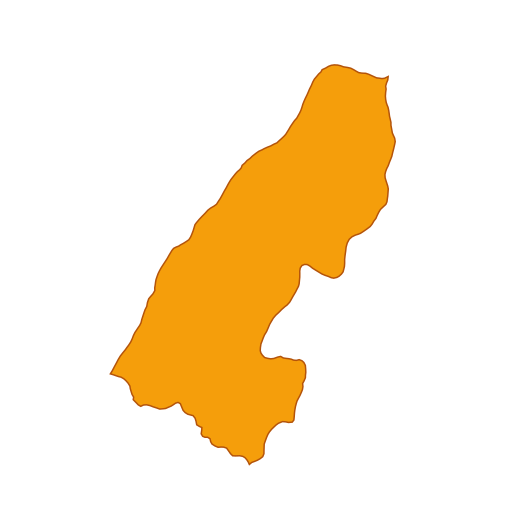 X-2 Torani/Bulletwood, Upper Demerara-Berbice, Guyana (orthographic projection), rotated 193°
{"feature_id": "73187651B8767068866486", "entity_name": "X-2 Torani/Bulletwood", "entity_type": "district", "adm_level": 2, "iso_a3": "GUY", "parent_name": "Guyana", "parent_adm1": "Upper Demerara-Berbice", "projection": "orthographic", "projection_center": [-58.026, 5.32], "detail": "fine", "context": "isolated", "style": "filled", "palette": "amber", "viewbox_px": 512, "rotation_deg": 193, "n_neighbors": 0, "source": "geoboundaries", "source_scale": "gbopen_adm2", "svg_char_len": 4466}
<svg xmlns="http://www.w3.org/2000/svg" viewBox="0 0 512 512"><g transform="rotate(193 256 256)"><path d="M167.6,460.6L170.7,458.1L173.2,457.2L175.8,457.0L178.6,456.7L181.1,457.2L183.6,457.7L187.0,458.4L190.1,458.7L194.0,458.0L197.2,457.8L200.0,458.6L202.7,459.5L205.9,460.3L209.0,460.3L213.3,460.0L216.3,460.4L219.5,460.4L222.8,459.8L225.6,458.7L228.0,457.1L230.4,454.8L233.5,452.4L234.1,450.0L235.9,447.4L237.3,444.6L238.9,441.5L239.8,438.3L240.4,434.7L241.4,430.6L241.9,427.7L242.5,424.5L243.4,420.7L244.0,417.6L244.5,414.3L244.7,411.0L245.0,408.2L245.6,405.3L247.3,399.5L248.9,396.6L250.2,393.4L251.5,390.0L252.7,386.1L254.4,381.2L255.8,378.7L257.9,375.6L259.4,373.5L261.1,370.9L263.7,369.0L266.5,366.5L269.2,364.7L272.1,362.5L274.0,360.8L276.8,358.7L279.2,356.0L282.1,352.4L283.8,349.7L286.2,347.0L287.7,344.2L289.9,341.2L290.2,338.6L291.3,336.4L293.1,334.0L294.5,331.5L296.2,327.9L297.6,324.9L298.5,322.3L299.3,319.7L300.3,315.9L301.4,312.4L302.7,307.6L303.8,303.8L304.8,301.2L306.1,297.5L308.2,295.1L311.0,292.5L313.2,289.8L315.3,286.0L317.4,282.6L319.5,279.0L321.5,275.1L322.5,272.8L322.9,266.5L323.5,262.3L324.0,259.7L325.1,256.7L327.3,254.3L329.7,251.9L331.8,250.1L333.6,248.2L335.9,246.7L338.0,244.9L339.2,242.4L340.7,237.8L342.0,233.4L343.2,230.1L344.5,226.6L345.8,223.0L346.7,219.8L347.4,216.8L347.8,213.6L348.1,210.6L348.0,208.1L347.7,205.1L347.5,202.1L346.8,199.6L347.9,195.9L349.5,193.0L350.9,190.2L351.3,186.3L351.1,182.2L352.0,178.7L352.4,175.1L352.7,171.8L353.0,168.4L353.0,165.2L353.7,162.2L354.7,159.7L355.7,157.0L356.7,154.4L357.5,151.1L358.0,147.4L358.7,144.1L360.0,140.5L361.2,137.8L362.3,135.1L363.9,131.9L365.7,128.0L367.0,124.0L367.9,120.5L369.0,116.5L370.3,111.6L371.4,108.4L368.3,108.2L365.7,107.9L362.8,107.6L360.3,107.6L357.3,106.7L354.9,105.4L352.2,103.5L349.6,100.9L348.6,98.4L347.2,95.9L345.6,93.2L343.5,91.0L343.3,88.4L339.7,86.1L337.3,84.5L334.5,83.6L332.1,85.5L329.1,86.4L325.7,86.4L322.3,85.9L318.6,85.6L315.4,85.2L312.3,86.2L309.8,87.1L307.1,89.1L305.0,90.6L303.2,92.4L301.3,94.5L299.0,95.8L296.5,95.1L294.6,92.4L292.3,89.2L289.8,87.5L286.9,86.5L284.4,86.4L281.4,86.3L278.8,84.2L277.2,81.4L275.8,78.2L272.8,77.2L270.2,76.7L269.7,74.2L269.4,70.4L267.4,68.3L265.0,67.9L262.4,68.5L259.7,67.6L258.4,64.9L256.6,62.9L253.3,61.7L249.9,61.1L247.1,62.0L244.5,62.5L241.4,62.2L238.6,59.7L236.3,57.6L233.8,56.1L231.0,56.6L226.9,57.7L223.8,57.8L221.3,57.0L219.0,55.3L217.1,53.4L215.6,51.4L213.7,53.9L211.4,55.4L208.7,57.3L206.3,59.5L204.3,62.0L203.8,65.1L204.5,68.4L205.2,72.0L205.7,74.6L205.4,77.4L204.9,81.5L204.3,84.8L203.4,87.5L201.8,90.7L200.0,93.5L198.4,95.9L196.6,98.0L193.0,100.6L189.7,101.1L186.9,101.1L183.3,102.3L182.2,104.7L182.6,107.9L183.2,111.6L183.5,114.4L183.7,118.3L183.6,121.3L183.4,124.0L182.6,127.1L181.8,130.0L181.1,133.5L180.7,136.4L180.9,139.3L181.9,142.3L181.1,145.1L180.5,148.5L181.0,151.1L181.3,153.8L182.2,157.1L183.3,160.5L185.4,163.0L187.7,164.3L190.6,164.7L193.1,163.4L195.9,163.0L198.5,163.4L201.1,163.3L203.8,163.0L206.4,162.8L209.4,163.7L212.1,162.4L215.5,160.2L218.5,159.1L221.8,158.9L224.7,159.0L227.5,160.8L229.4,162.6L230.6,164.8L231.1,167.7L231.4,171.4L231.0,174.2L230.6,177.4L230.0,180.9L228.7,184.8L227.9,189.1L227.3,192.6L226.5,195.2L225.2,199.3L223.4,202.8L221.2,206.0L219.0,209.6L216.5,213.1L214.7,215.2L212.9,218.4L212.1,220.8L210.9,225.0L210.1,227.5L209.3,230.0L208.7,232.6L207.8,236.0L207.7,238.5L208.1,241.5L208.6,245.2L209.4,248.8L210.0,251.2L210.2,254.2L209.1,257.1L206.8,258.7L204.2,259.2L201.4,258.4L198.1,256.8L194.9,255.7L191.0,254.4L187.7,253.3L184.3,252.7L181.0,252.4L177.9,251.8L175.3,251.9L172.4,253.3L170.5,255.0L168.7,257.6L167.6,260.1L167.5,263.1L167.5,265.8L168.0,268.9L168.9,272.8L169.4,277.0L169.7,280.7L170.2,284.9L170.0,289.3L168.9,293.3L166.8,296.3L163.9,298.7L161.5,300.1L159.3,301.6L156.7,304.3L154.0,307.3L151.4,310.4L150.1,313.1L149.0,316.6L147.6,319.6L147.1,322.6L146.2,326.4L145.2,329.4L142.8,333.0L141.1,335.5L140.6,338.3L140.9,341.2L141.1,343.8L141.6,347.2L142.2,351.1L143.4,353.8L144.9,356.3L146.4,358.8L147.8,361.3L148.7,364.4L148.7,367.3L148.3,370.5L147.5,373.7L147.0,377.9L146.5,380.8L146.1,383.6L146.1,387.8L146.0,391.2L146.0,396.1L146.1,398.8L147.4,402.0L149.1,404.2L150.8,406.5L152.3,410.0L153.9,413.7L154.6,416.6L155.9,419.3L157.3,422.1L158.3,424.8L159.4,427.6L160.8,430.6L162.3,432.7L163.7,435.0L164.9,437.8L165.9,440.9L166.5,444.7L166.8,447.9L167.9,450.7L167.7,454.2L167.2,457.1L167.6,460.6Z" fill="#f59e0b" stroke="#b45309" stroke-width="1.5"/></g></svg>